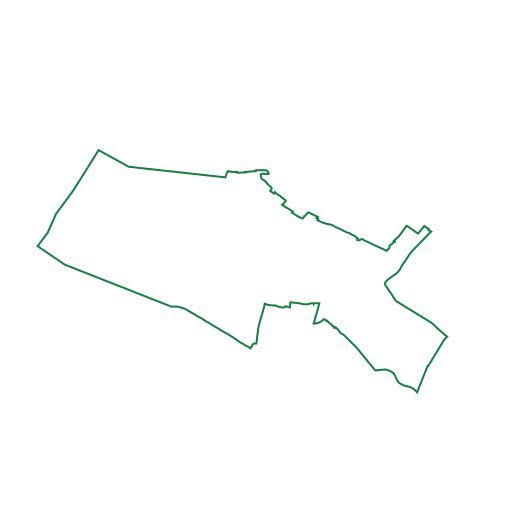 Castricum, Noord-Holland, Netherlands (Natural Earth projection), rotated 21°
{"feature_id": "6326949B28698094502949", "entity_name": "Castricum", "entity_type": "district", "adm_level": 2, "iso_a3": "NLD", "parent_name": "Netherlands", "parent_adm1": "Noord-Holland", "projection": "natural_earth1", "projection_center": [4.708, 52.56], "detail": "fine", "context": "isolated", "style": "outline", "palette": "green", "viewbox_px": 512, "rotation_deg": 21, "n_neighbors": 0, "source": "geoboundaries", "source_scale": "gbopen_adm2", "svg_char_len": 5833}
<svg xmlns="http://www.w3.org/2000/svg" viewBox="0 0 512 512"><g transform="rotate(21 256 256)"><path d="M402.3,167.7L399.3,177.0L388.7,174.4L387.3,174.1L385.7,173.9L384.8,177.4L382.4,186.2L379.2,192.5L379.8,192.6L380.6,192.9L380.5,193.2L380.0,193.6L379.6,194.0L379.0,194.8L378.6,195.7L378.5,196.1L378.4,196.5L378.2,196.8L377.3,197.7L377.2,198.0L377.1,198.6L377.1,199.2L377.6,200.2L377.7,200.7L377.7,200.9L377.6,201.2L377.1,202.1L376.6,202.8L376.6,203.1L376.4,203.5L376.3,204.3L372.8,204.1L370.2,203.9L365.5,203.6L359.4,203.2L357.0,203.0L354.4,202.8L352.6,202.7L351.3,202.6L350.4,202.3L349.7,202.2L349.3,202.2L349.0,202.2L348.8,202.3L348.3,202.6L348.0,202.9L347.2,203.9L346.4,204.6L344.7,204.8L344.6,204.4L344.5,203.8L344.5,203.7L344.9,203.3L344.8,203.1L343.0,202.6L340.9,201.9L339.6,201.8L338.2,201.8L336.4,201.5L335.3,201.2L332.8,201.4L329.9,201.2L329.2,201.2L328.0,201.0L325.6,200.7L323.6,200.7L321.9,200.5L319.7,200.5L318.6,200.2L316.9,199.9L316.3,200.0L314.3,199.9L313.8,199.9L313.5,200.1L313.1,200.2L310.8,200.6L309.5,200.9L309.1,200.8L308.1,200.6L307.8,200.9L307.7,201.0L304.1,200.8L300.5,200.5L300.7,199.0L298.9,198.9L299.7,197.3L289.2,196.5L287.6,200.2L287.2,201.2L287.0,201.4L287.1,201.5L286.1,204.2L282.7,204.1L281.3,204.0L279.3,203.7L274.3,202.6L274.0,202.6L274.5,201.3L267.4,199.9L267.3,200.0L262.0,198.8L263.0,197.1L263.6,195.7L263.7,195.2L263.9,193.5L262.1,193.0L258.4,191.9L257.5,191.5L253.7,190.6L251.0,189.9L250.9,189.8L250.9,190.0L250.7,190.6L250.6,191.3L250.4,191.4L248.9,190.9L245.8,190.1L246.1,189.4L246.2,188.7L246.6,187.5L246.1,186.8L245.9,186.5L243.0,185.5L241.8,185.0L240.8,184.5L240.2,184.2L239.4,183.6L236.8,182.6L233.4,181.9L233.1,181.3L232.2,180.1L231.6,179.2L231.3,178.6L231.2,178.0L231.3,177.9L233.3,176.6L233.9,176.3L236.7,175.5L237.3,175.4L237.7,175.3L238.3,174.9L237.8,173.6L236.7,172.9L235.3,172.2L229.4,174.3L225.8,175.7L225.1,176.1L224.9,176.2L225.0,176.4L225.4,176.9L216.0,181.3L216.4,181.6L208.7,185.0L208.3,184.4L204.2,185.8L203.4,186.2L203.2,186.3L202.8,186.2L202.6,186.2L200.8,186.7L200.3,186.7L199.5,186.6L199.4,186.7L199.2,188.6L199.1,189.3L199.1,189.7L199.1,190.1L199.2,190.9L199.2,191.3L199.2,191.7L199.2,192.4L199.1,193.6L105.2,218.3L71.1,213.6L70.8,215.1L66.2,238.9L61.8,260.9L54.2,288.4L53.2,308.8L48.6,325.1L80.7,332.6L194.6,333.6L194.8,333.7L198.0,332.5L199.8,331.8L201.0,331.4L202.9,331.1L205.5,330.9L208.1,330.8L208.8,330.8L213.2,331.5L215.4,331.9L219.7,332.6L221.0,332.8L221.6,332.9L222.1,333.0L224.1,333.4L225.3,333.5L227.0,333.7L228.0,333.8L230.4,334.4L233.9,335.1L235.1,335.1L235.6,335.2L239.7,336.1L240.0,336.1L242.2,336.5L243.1,336.6L246.3,337.2L247.1,337.3L248.6,337.7L249.9,337.9L259.3,339.3L261.0,339.7L261.7,339.9L262.9,340.0L264.1,340.3L266.5,340.9L270.3,341.8L270.8,342.0L272.1,342.3L276.6,342.9L278.2,343.3L281.2,343.5L282.8,343.9L283.4,344.2L283.8,344.3L283.9,343.7L284.5,342.2L284.7,341.6L284.7,341.4L284.6,340.8L284.5,340.5L284.4,340.3L284.5,340.0L284.8,339.4L285.0,339.0L285.7,338.4L286.1,338.2L287.0,337.9L287.7,337.6L287.0,334.9L287.0,334.2L286.9,334.0L286.6,333.2L286.3,332.0L284.0,322.7L284.0,322.4L284.0,321.9L283.9,321.4L283.7,320.9L283.5,319.8L282.8,312.0L282.8,311.6L282.8,311.2L282.8,310.7L282.7,310.3L282.6,309.7L281.9,301.3L281.7,300.0L281.5,298.7L281.3,297.9L281.2,297.5L283.9,297.3L284.9,297.4L288.0,296.5L289.3,296.2L289.9,296.0L290.3,295.9L290.5,295.6L291.6,295.5L292.5,295.2L293.4,295.1L293.5,295.1L293.9,295.4L294.3,295.5L294.6,295.5L295.6,295.2L296.4,295.1L296.5,295.1L298.5,294.7L299.3,294.5L300.4,294.2L300.6,294.1L300.9,293.8L301.1,293.5L301.2,292.7L301.4,292.5L301.8,292.2L305.0,292.1L306.1,291.8L305.9,290.5L305.8,290.1L305.6,289.7L305.1,289.0L305.0,288.7L304.9,288.1L304.9,287.5L305.0,286.7L305.4,286.7L305.6,286.6L306.3,286.5L308.7,285.9L310.6,285.3L313.9,284.5L317.7,284.0L318.5,283.7L320.8,282.9L322.6,281.8L323.8,280.9L325.2,279.9L326.7,279.8L326.9,280.0L327.0,280.1L327.0,279.7L328.0,279.0L328.3,278.8L332.1,277.5L332.8,284.4L334.1,298.4L336.3,297.4L336.3,297.2L337.5,296.6L338.3,296.0L338.6,295.6L339.9,294.2L340.8,292.9L341.1,292.4L341.9,290.8L342.7,290.8L343.1,290.9L343.4,290.9L343.6,290.6L345.8,291.5L345.9,291.1L348.5,292.2L349.9,292.8L350.0,292.8L350.3,292.7L350.5,292.8L351.0,293.0L352.5,293.8L353.2,293.8L354.3,294.8L354.4,294.5L354.5,294.2L354.8,294.0L355.0,294.0L355.3,294.1L355.5,294.1L355.8,294.0L356.1,294.1L356.0,294.3L356.3,294.8L356.5,294.8L356.8,294.9L358.1,294.7L358.6,295.2L359.5,295.6L359.8,295.7L360.9,296.7L361.9,297.3L362.7,297.6L365.7,298.1L366.7,298.4L383.5,305.9L408.3,320.1L417.1,315.7L417.5,315.6L418.6,315.5L421.0,315.3L421.7,315.3L422.9,315.3L423.3,315.4L425.7,315.9L426.6,316.3L427.2,316.7L428.6,317.8L431.7,320.9L432.5,321.6L433.5,322.3L434.2,322.7L435.0,323.1L436.6,323.5L440.1,323.8L441.2,323.8L443.2,323.5L446.1,323.2L448.1,323.2L448.9,323.3L450.4,323.6L451.8,324.0L452.9,324.4L454.1,325.0L455.3,325.5L455.3,319.3L455.5,307.2L455.6,297.5L456.0,297.5L456.1,297.1L456.6,294.8L456.7,293.8L457.0,292.4L457.2,291.6L458.1,286.4L458.2,285.9L458.5,284.2L458.7,282.6L458.9,282.1L459.1,280.9L459.6,278.6L459.7,277.7L459.8,277.0L459.7,276.9L459.9,276.6L460.3,274.1L460.9,271.1L461.1,270.1L461.2,269.2L461.8,266.2L462.1,265.5L463.4,262.8L461.8,262.3L460.1,261.7L455.2,259.9L450.6,258.2L448.6,257.3L444.4,255.7L443.2,255.3L440.7,254.9L434.9,253.8L429.9,252.9L404.8,248.2L403.4,248.0L402.6,247.6L401.6,247.0L399.4,245.5L397.3,243.8L391.8,240.1L388.3,237.5L387.0,236.7L386.5,236.0L386.3,235.4L386.2,234.7L386.2,233.8L387.6,230.7L388.3,229.5L391.3,225.0L392.9,222.8L393.7,221.3L394.4,219.3L395.0,217.6L395.3,216.3L395.5,213.3L395.8,211.9L396.2,210.1L396.9,208.1L397.1,206.9L397.8,204.1L398.0,202.7L398.5,200.5L399.6,196.7L400.0,195.3L402.1,190.4L402.9,188.7L405.0,183.8L407.8,177.2L408.7,174.9L410.3,171.4L410.8,170.4L407.5,169.9L407.6,168.8L402.3,167.7Z" fill="none" stroke="#15803d" stroke-width="2"/></g></svg>